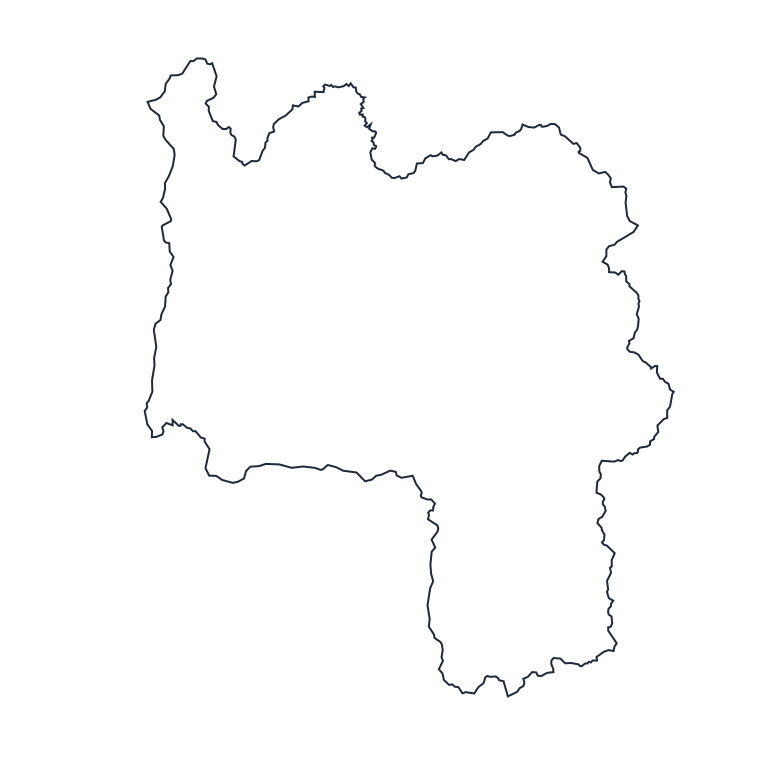 the district of Urrao, Antioquia, Colombia, rotated 11°
{"feature_id": "7082276B47907246338324", "entity_name": "Urrao", "entity_type": "district", "adm_level": 2, "iso_a3": "COL", "parent_name": "Colombia", "parent_adm1": "Antioquia", "projection": "mercator", "projection_center": [-76.192, 6.296], "detail": "fine", "context": "isolated", "style": "outline", "palette": "slate", "viewbox_px": 768, "rotation_deg": 11, "n_neighbors": 0, "source": "geoboundaries", "source_scale": "gbopen_adm2", "svg_char_len": 6150}
<svg xmlns="http://www.w3.org/2000/svg" viewBox="0 0 768 768"><g transform="rotate(11 384 384)"><path d="M502.4,96.3L498.0,96.9L494.9,99.6L490.8,101.2L489.5,101.2L488.6,99.8L487.0,100.0L482.6,103.6L477.0,104.2L470.5,102.9L470.0,107.9L468.5,110.0L465.2,112.3L464.6,114.4L460.3,116.6L457.8,116.5L452.4,114.1L440.9,116.6L438.9,123.2L434.8,126.6L433.3,129.8L428.8,133.6L427.2,137.1L423.3,140.4L420.0,148.8L415.0,148.8L411.7,151.5L406.8,150.4L404.8,151.0L401.1,147.7L398.1,147.8L396.2,145.7L392.7,149.7L388.3,151.2L386.1,150.5L381.6,154.5L380.0,159.7L374.2,161.3L374.0,168.8L372.8,171.3L367.9,173.5L366.9,176.9L362.1,179.0L359.5,177.1L355.0,179.8L352.5,180.1L348.7,177.6L344.5,176.6L342.8,174.7L336.6,173.7L333.4,171.9L332.8,168.5L329.1,166.1L326.4,159.3L327.6,154.8L330.3,154.9L331.0,152.8L330.8,151.9L328.6,151.4L327.5,148.7L325.4,147.8L326.1,146.1L325.3,144.5L327.3,144.1L328.4,139.1L327.4,137.7L324.8,138.2L320.7,136.3L321.4,131.6L318.4,135.2L315.7,134.1L317.4,131.2L315.3,129.6L315.1,126.9L314.0,125.6L311.9,125.6L311.7,123.5L308.9,124.2L308.0,122.6L309.9,120.2L309.1,118.0L311.1,117.0L307.8,113.7L310.2,110.9L309.2,107.5L310.3,106.4L306.8,106.5L305.0,104.3L302.6,103.8L300.9,102.0L299.7,98.4L297.5,98.6L294.0,95.3L292.5,98.2L289.8,96.7L287.5,99.4L282.4,101.5L278.9,101.2L277.2,102.2L275.4,100.6L273.7,101.8L269.0,101.3L267.6,103.4L269.0,104.6L268.9,109.0L260.2,110.3L261.4,115.5L258.6,115.5L255.1,117.2L256.0,120.9L250.3,123.6L247.1,127.9L241.4,127.9L241.7,131.8L236.3,139.2L230.4,144.0L226.2,150.0L226.2,153.1L228.0,157.1L223.6,159.6L222.6,165.2L223.3,167.3L221.6,169.6L222.1,174.6L220.3,178.5L218.7,188.1L216.5,189.7L211.4,190.4L205.6,196.1L203.2,194.9L202.2,193.0L199.7,192.8L192.9,189.3L191.9,172.4L189.9,169.7L186.8,168.7L185.3,167.0L184.7,162.5L182.5,161.4L180.5,163.8L177.0,164.5L171.6,161.5L169.7,158.8L165.8,158.6L159.9,149.5L159.2,145.3L155.4,142.7L156.1,139.9L162.0,135.6L164.1,131.5L160.3,124.4L161.0,113.9L154.1,101.9L152.2,103.4L149.4,103.3L146.7,99.4L143.2,99.2L138.1,100.2L135.3,103.4L132.3,103.9L126.8,117.7L123.1,120.1L115.7,121.8L115.3,124.9L112.5,130.9L112.9,138.7L109.7,145.3L106.0,148.4L98.1,152.2L102.4,158.5L112.1,163.3L113.7,167.5L118.7,173.0L120.0,182.5L123.1,186.1L132.9,193.5L134.8,199.3L135.1,210.5L133.2,220.8L130.6,228.7L131.9,234.3L131.5,243.5L130.0,247.8L137.3,253.4L143.7,262.9L143.6,264.8L136.5,270.5L135.8,272.1L140.6,285.0L142.7,286.7L146.3,286.7L148.4,294.8L153.2,299.5L151.6,308.0L154.9,313.2L154.3,322.7L155.9,326.7L153.7,330.9L154.8,335.2L153.0,339.8L154.3,349.9L152.2,358.0L152.4,363.8L148.2,368.4L147.7,374.7L153.4,391.0L153.4,402.4L155.2,409.8L155.6,424.8L158.1,435.8L156.2,445.5L154.7,448.0L156.0,452.3L154.2,456.1L159.4,468.7L165.3,474.4L166.2,480.5L170.5,479.4L176.1,475.8L176.6,472.7L174.6,468.8L177.9,463.8L184.4,464.9L183.3,459.6L190.7,464.3L192.2,463.9L192.2,462.3L194.1,461.9L199.0,464.5L202.5,464.6L205.4,466.8L208.0,466.3L214.5,471.5L218.4,471.9L218.9,474.7L225.2,481.3L224.8,500.7L229.9,507.3L236.9,506.2L243.6,509.1L254.3,509.9L259.0,508.0L264.6,503.5L265.2,495.9L268.5,490.7L277.1,488.4L283.2,485.0L296.6,482.9L309.4,483.9L320.4,480.4L332.3,479.5L338.1,480.4L339.9,479.7L344.3,474.2L353.0,474.8L360.3,476.9L373.9,476.1L384.0,483.1L390.3,480.2L393.9,475.5L398.3,473.8L406.7,467.8L412.3,468.0L414.0,471.4L419.1,472.7L429.7,468.6L434.7,476.2L441.0,482.1L441.8,483.7L441.4,486.7L442.6,488.1L448.6,489.1L452.3,488.3L456.9,491.7L455.9,495.0L456.2,498.8L453.6,499.2L451.9,501.8L453.2,504.1L453.0,508.4L463.4,512.6L464.8,515.2L464.8,518.4L460.4,527.7L465.5,534.7L462.8,539.5L464.0,552.4L466.4,561.1L469.9,568.3L468.3,575.6L468.9,592.7L473.7,606.1L474.3,613.6L480.8,620.3L482.1,623.7L488.3,626.3L490.3,628.2L492.4,633.8L492.6,641.2L494.7,644.5L492.3,653.5L496.6,656.9L499.2,663.0L505.3,666.9L508.5,665.9L511.2,667.6L514.9,667.4L520.1,672.7L522.9,670.9L531.6,670.6L534.5,663.6L538.8,658.7L539.4,652.7L541.1,650.9L544.2,651.2L549.2,649.8L552.0,650.8L553.5,652.8L558.1,653.0L565.2,667.0L573.5,660.7L575.2,656.7L578.4,654.0L578.8,650.3L577.0,646.9L581.1,644.0L584.5,638.5L588.5,638.1L590.6,641.0L594.0,640.8L599.2,636.4L605.3,634.5L604.6,631.6L601.6,626.8L601.1,623.5L602.8,620.6L609.6,619.9L615.2,623.6L620.6,622.2L628.4,622.1L630.4,623.5L631.8,623.3L634.8,620.0L637.1,619.4L638.1,617.6L640.3,617.8L641.4,615.7L645.9,614.8L644.7,611.4L650.9,604.9L655.1,602.4L660.3,602.3L660.3,597.8L661.9,594.1L651.2,583.4L650.5,580.1L652.8,579.1L653.7,575.4L651.7,568.8L648.5,567.4L647.5,565.0L647.3,561.8L649.1,559.1L648.8,556.3L650.4,553.0L645.7,551.4L644.2,548.9L642.5,545.3L643.2,542.9L640.5,534.7L642.9,526.0L640.9,521.3L642.4,519.6L641.1,513.5L642.8,506.1L633.8,500.2L630.4,499.7L628.2,498.0L629.7,495.4L629.2,489.8L625.9,486.1L625.0,483.6L620.1,479.8L620.3,475.6L623.6,472.7L625.8,466.2L624.2,462.4L621.7,460.2L621.3,457.4L622.3,455.0L621.5,453.5L618.0,451.1L613.3,450.2L612.0,439.1L614.5,435.3L614.1,431.3L612.2,429.0L610.9,423.7L612.4,417.8L624.7,416.3L628.3,414.0L631.2,414.5L632.8,413.5L634.6,409.3L638.3,404.7L641.5,405.8L642.8,404.2L645.4,403.5L646.2,402.5L645.8,399.9L647.4,397.6L654.1,395.2L656.7,392.9L656.1,389.6L659.6,386.5L659.3,384.4L662.4,378.7L660.3,372.5L665.6,364.8L668.5,363.3L667.0,355.8L669.1,351.6L668.9,338.8L669.9,336.4L665.8,334.8L663.2,329.5L659.3,328.2L656.9,325.7L653.9,326.1L649.7,320.7L648.8,314.3L646.7,314.6L643.2,317.8L642.7,316.4L636.7,312.9L633.7,312.2L628.1,306.6L623.7,305.2L619.4,305.5L616.4,303.6L615.8,301.8L617.2,297.0L616.2,295.0L620.2,291.5L620.4,286.0L622.2,281.9L622.3,278.5L621.6,271.4L618.8,267.3L619.5,259.3L618.4,256.4L619.0,254.0L617.4,251.7L616.9,248.7L614.9,246.4L606.3,241.3L606.0,239.2L602.2,237.1L601.0,231.5L599.5,230.4L598.7,227.7L595.8,227.9L593.2,232.0L589.6,230.4L583.6,231.3L582.9,227.5L580.8,224.2L575.2,222.3L577.9,216.1L576.6,209.6L578.6,205.8L583.7,203.3L585.6,200.0L600.0,187.1L603.0,179.9L594.3,177.2L590.7,172.8L586.6,160.2L586.0,153.0L584.4,149.9L584.5,146.1L581.4,144.5L570.1,147.3L567.4,143.1L567.4,138.9L564.3,135.9L560.7,133.6L554.8,136.3L548.2,134.1L540.5,123.2L531.0,119.9L530.8,118.8L532.1,117.9L531.7,114.8L527.3,110.8L523.9,112.1L514.6,106.4L509.9,105.4L506.8,98.8L502.4,96.3Z" fill="none" stroke="#1e293b" stroke-width="2"/></g></svg>